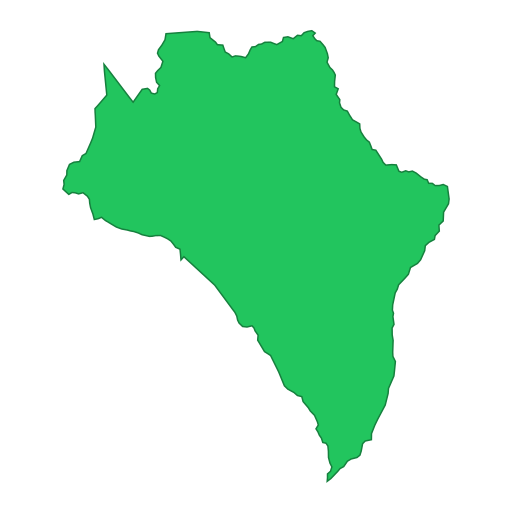 Itaíba, Pernambuco, Brazil
{"feature_id": "56859067B4810139882764", "entity_name": "Itaíba", "entity_type": "district", "adm_level": 2, "iso_a3": "BRA", "parent_name": "Brazil", "parent_adm1": "Pernambuco", "projection": "natural_earth1", "projection_center": [-37.295, -9.026], "detail": "fine", "context": "isolated", "style": "filled", "palette": "green", "viewbox_px": 512, "rotation_deg": 0, "n_neighbors": 0, "source": "geoboundaries", "source_scale": "gbopen_adm2", "svg_char_len": 3157}
<svg xmlns="http://www.w3.org/2000/svg" viewBox="0 0 512 512"><path d="M449.1,199.0L447.4,186.5L443.2,184.5L439.5,185.5L435.1,185.6L432.4,183.4L428.7,183.3L427.1,179.7L424.3,179.2L420.9,176.9L416.2,173.1L412.4,171.1L408.7,171.9L405.7,170.8L401.7,172.3L398.9,171.2L396.3,164.9L391.8,164.6L385.8,165.1L383.1,162.4L381.6,159.2L378.0,153.6L375.8,150.2L372.1,149.5L370.7,145.6L369.3,142.1L366.6,140.0L364.0,136.8L361.0,132.0L359.9,128.4L359.7,123.9L352.5,119.8L349.5,115.1L347.3,111.1L343.6,109.9L341.0,107.3L339.5,102.8L339.8,99.7L336.2,94.4L338.2,88.8L334.5,86.8L334.6,81.4L335.3,75.1L334.1,72.5L332.5,70.0L329.9,67.5L327.0,62.2L328.2,57.8L327.4,53.7L325.1,47.4L323.1,44.8L320.0,41.3L316.8,40.7L314.8,38.7L312.8,35.7L315.2,33.1L311.8,30.7L307.8,31.4L304.1,32.7L301.3,35.7L297.5,35.3L293.2,38.7L287.9,36.8L283.5,37.5L282.4,41.5L276.8,44.6L273.3,43.3L270.6,42.2L264.8,42.3L261.4,44.1L258.6,44.4L255.5,46.6L251.9,47.0L250.3,49.7L248.4,54.0L245.6,57.7L241.1,56.5L238.0,56.1L235.4,55.9L232.1,57.0L228.7,53.9L225.2,52.0L223.9,48.4L222.8,45.1L217.4,44.7L215.5,42.1L210.0,37.7L209.2,32.7L197.2,31.4L166.0,33.7L165.0,39.8L161.9,45.1L158.5,49.7L157.5,53.2L158.8,56.0L162.9,61.3L160.9,67.5L157.6,70.7L155.5,73.3L155.6,77.5L156.6,82.3L159.6,85.6L157.7,88.8L157.3,92.6L154.7,94.0L151.3,93.1L149.7,90.1L147.5,88.4L142.2,89.3L133.1,102.2L128.8,96.7L109.5,71.3L104.0,64.3L104.4,70.8L106.8,95.1L97.6,105.8L95.0,108.6L95.1,112.1L95.3,115.2L95.8,127.1L92.6,138.1L90.7,142.8L86.0,153.5L82.3,155.6L79.6,161.6L73.9,162.2L69.5,164.4L66.9,170.6L66.8,175.0L63.7,180.4L64.1,184.5L62.9,189.0L65.4,191.3L68.8,194.4L72.0,192.5L75.2,192.8L78.6,193.9L83.0,192.7L87.4,196.2L89.4,199.3L89.7,203.1L90.6,207.7L92.9,214.0L94.3,219.5L98.1,218.7L101.5,217.3L105.4,220.5L116.3,227.0L121.7,229.0L127.2,230.0L130.4,230.9L133.7,231.5L138.4,233.0L142.0,234.7L145.6,235.5L149.5,236.4L152.4,236.2L155.5,235.6L160.6,235.5L164.6,237.3L167.6,238.8L170.9,241.0L173.7,244.5L175.7,247.3L180.0,249.2L180.5,254.0L181.0,259.9L183.9,256.7L214.7,285.1L232.6,309.3L234.9,312.3L236.8,316.1L237.6,320.0L239.1,323.1L242.6,326.5L247.0,327.0L252.0,325.8L254.0,328.0L255.1,330.9L258.1,335.2L257.7,340.2L264.5,351.6L270.6,355.5L278.7,371.9L284.4,385.8L287.9,389.2L294.0,392.5L297.4,395.5L301.8,396.6L303.1,401.6L308.3,407.7L310.3,411.0L314.5,415.3L317.4,421.8L318.3,425.0L316.0,428.8L317.9,431.8L319.4,435.3L321.4,438.1L322.8,442.5L326.0,443.2L327.9,446.0L328.4,451.1L328.5,457.5L330.0,463.2L331.9,466.9L330.5,471.3L327.5,473.9L327.5,477.9L327.2,481.3L330.8,478.6L337.7,471.4L340.0,468.6L343.7,466.6L347.4,461.2L351.1,459.0L357.0,457.5L359.9,455.2L361.2,451.1L362.6,443.7L365.2,441.0L371.4,439.7L371.5,433.6L374.8,425.2L377.7,419.2L385.2,405.1L388.1,393.5L388.5,388.4L393.9,376.0L394.5,370.6L395.4,361.5L392.9,356.4L392.7,352.1L393.1,340.4L392.2,334.8L392.1,328.0L394.0,324.4L392.9,316.6L393.5,313.3L392.4,310.2L392.7,304.8L395.2,292.9L397.3,289.1L398.6,284.8L405.0,278.1L408.4,274.2L410.5,267.5L413.4,265.8L417.5,263.4L420.6,259.8L424.7,250.7L425.3,245.7L429.0,242.3L434.4,239.4L435.1,235.6L439.3,231.1L438.9,225.1L443.2,221.0L443.6,212.1L448.5,203.8L449.1,199.0Z" fill="#22c55e" stroke="#15803d" stroke-width="1.5"/></svg>